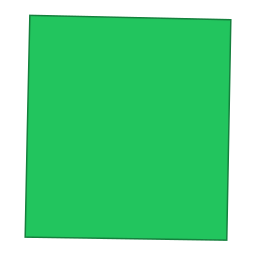 Miner, South Dakota, United States of America, rotated 91°
{"feature_id": "52423323B22522390065313", "entity_name": "Miner", "entity_type": "district", "adm_level": 2, "iso_a3": "USA", "parent_name": "United States of America", "parent_adm1": "South Dakota", "projection": "natural_earth1", "projection_center": [-97.65, 44.022], "detail": "fine", "context": "isolated", "style": "filled", "palette": "green", "viewbox_px": 256, "rotation_deg": 91, "n_neighbors": 0, "source": "geoboundaries", "source_scale": "gbopen_adm2", "svg_char_len": 236}
<svg xmlns="http://www.w3.org/2000/svg" viewBox="0 0 256 256"><g transform="rotate(91 128 128)"><path d="M18.0,27.1L17.1,228.1L128.8,228.6L238.9,228.9L238.4,27.3L18.0,27.1Z" fill="#22c55e" stroke="#15803d" stroke-width="1.5"/></g></svg>